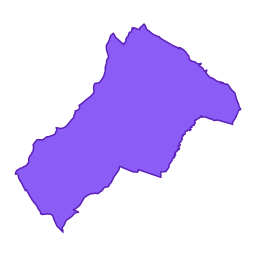 Davidesti, Arges, Romania
{"feature_id": "2599482B43743362823664", "entity_name": "Davidesti", "entity_type": "district", "adm_level": 2, "iso_a3": "ROU", "parent_name": "Romania", "parent_adm1": "Arges", "projection": "mercator", "projection_center": [25.041, 45.006], "detail": "fine", "context": "isolated", "style": "filled", "palette": "violet", "viewbox_px": 256, "rotation_deg": 0, "n_neighbors": 0, "source": "geoboundaries", "source_scale": "gbopen_adm2", "svg_char_len": 5747}
<svg xmlns="http://www.w3.org/2000/svg" viewBox="0 0 256 256"><path d="M62.8,231.9L62.9,230.3L62.3,229.1L62.2,227.5L63.7,225.8L65.6,221.8L66.1,220.5L66.9,219.8L69.1,218.4L70.0,217.6L71.0,217.2L73.7,214.4L74.6,213.2L78.3,212.2L77.8,211.5L76.6,211.2L75.2,210.5L73.7,210.2L73.5,209.7L74.9,209.1L78.0,206.9L79.0,206.0L80.2,204.6L80.8,203.7L82.1,201.2L83.3,199.5L84.0,198.0L85.1,197.0L87.2,195.6L90.8,193.7L92.2,193.7L95.2,193.2L96.9,193.4L97.3,193.6L97.7,193.6L98.1,193.5L100.6,191.5L101.9,190.7L102.4,190.3L103.6,188.1L104.5,187.4L108.4,186.6L108.9,185.9L109.6,184.3L111.3,182.4L112.7,179.4L113.6,178.1L113.5,177.6L114.1,176.6L114.4,176.3L115.9,174.3L116.4,173.4L117.2,172.5L118.9,169.8L119.1,169.1L119.2,168.6L119.2,167.9L119.4,167.0L119.7,166.4L133.2,171.9L137.6,172.1L137.9,171.8L138.1,171.1L138.6,170.5L138.5,169.7L160.8,177.3L160.9,177.0L160.8,176.4L161.0,175.1L160.6,173.8L160.8,173.1L161.0,172.0L165.9,171.6L167.4,169.3L168.2,168.3L169.1,166.9L169.0,166.3L168.9,165.7L168.9,165.3L169.3,164.2L169.7,163.7L170.2,163.3L172.0,160.4L172.3,160.0L172.4,159.0L173.3,158.2L173.5,157.8L173.9,157.7L174.5,157.1L174.1,156.6L174.2,156.4L174.7,156.4L174.8,156.1L174.4,156.1L174.2,155.5L174.4,155.4L174.8,155.1L175.3,155.1L175.6,154.9L175.5,154.4L175.4,154.2L174.7,154.0L174.7,153.9L174.8,153.7L175.4,153.1L175.1,152.4L175.6,151.9L176.5,151.8L176.7,151.6L176.9,151.4L176.8,150.9L177.3,150.5L177.5,150.3L177.3,150.0L177.5,149.4L177.9,149.4L178.5,149.6L178.6,148.8L178.7,148.7L178.9,148.8L179.1,149.1L179.3,149.1L179.5,148.0L178.8,147.3L178.4,146.8L178.4,146.2L178.7,146.2L179.0,146.0L179.0,145.8L178.8,145.7L179.6,145.4L179.8,145.5L180.0,145.5L180.2,144.7L179.6,144.0L179.3,143.4L179.3,143.0L179.6,142.4L180.1,142.3L180.6,142.0L181.0,141.4L181.7,140.0L182.3,139.3L182.2,138.9L181.7,138.2L181.8,137.7L182.1,137.3L182.3,136.3L182.6,136.0L183.2,135.8L183.2,135.4L182.8,134.8L183.2,134.6L184.1,134.6L184.8,134.3L185.1,134.0L185.1,133.7L185.1,132.6L185.1,132.1L185.3,131.6L185.7,131.3L187.3,130.9L187.6,130.6L187.7,130.3L188.2,129.8L188.8,129.7L189.2,130.2L189.7,130.5L190.2,130.3L190.8,129.8L190.9,129.3L190.1,127.9L190.4,127.5L191.6,127.3L192.0,127.0L191.7,126.2L192.6,125.7L193.3,125.2L193.8,125.3L194.4,125.0L194.3,123.7L195.3,122.9L195.1,122.6L194.8,122.4L194.7,121.8L194.8,121.4L195.0,121.0L194.8,120.6L195.0,120.2L195.5,120.4L195.8,120.3L196.6,119.3L196.9,119.1L197.4,119.1L199.5,117.9L199.8,117.3L200.4,117.2L200.9,116.8L200.9,116.1L201.2,115.8L201.5,115.8L201.6,116.0L201.5,116.5L201.8,117.1L202.1,117.3L202.8,117.0L203.9,116.8L204.4,116.8L205.8,117.3L206.1,117.1L206.6,117.1L207.0,117.2L207.1,117.6L207.3,117.8L210.4,119.0L210.6,118.6L211.2,118.7L212.4,119.6L214.4,120.6L215.6,120.2L216.7,120.3L217.2,119.9L232.6,124.3L232.5,123.0L232.8,121.9L233.3,121.2L234.7,119.2L236.5,115.8L236.9,114.4L237.5,113.4L238.2,111.2L238.8,110.3L240.0,109.8L240.6,109.3L240.5,108.6L239.8,108.0L239.0,106.4L238.8,105.3L238.7,104.3L237.4,101.5L236.1,97.9L236.0,97.0L235.1,94.3L235.0,93.1L234.2,92.2L232.8,91.1L230.7,88.7L228.8,85.9L227.9,84.6L226.9,84.2L223.7,83.7L223.4,82.9L222.7,83.1L221.9,82.4L221.6,83.0L220.8,83.2L220.8,82.1L217.6,81.5L215.2,80.0L214.0,79.1L212.5,78.2L211.3,77.7L210.9,77.8L209.4,76.8L207.2,74.4L205.8,72.6L206.7,70.9L206.6,70.2L204.5,71.1L203.5,69.7L203.1,68.8L202.3,67.9L200.4,66.6L199.2,65.7L201.1,63.9L201.1,63.5L199.6,63.8L198.0,63.9L197.1,63.7L196.1,62.8L194.7,61.7L192.2,61.3L189.5,59.6L188.8,56.2L188.2,55.2L187.1,54.1L185.7,51.8L184.6,51.0L184.2,50.5L184.1,50.2L183.5,49.6L183.1,49.4L182.5,49.3L180.7,48.0L179.5,47.6L179.2,48.8L178.0,48.1L178.1,47.8L173.2,45.7L161.4,38.9L160.1,37.9L159.7,37.8L159.8,37.4L159.5,36.9L157.0,36.1L153.4,34.5L151.8,33.4L149.1,31.0L147.9,30.2L147.1,30.1L145.6,26.7L145.2,25.6L144.3,24.2L144.0,24.1L141.0,26.9L140.0,27.6L139.5,29.6L138.2,29.3L133.8,27.7L133.4,28.5L132.3,27.9L132.0,29.4L131.7,29.9L131.5,31.0L131.2,31.8L130.8,32.2L129.5,32.3L128.6,34.0L128.5,35.0L128.0,36.6L127.5,36.6L127.0,37.1L126.0,38.8L125.8,39.6L125.9,40.4L125.8,41.4L125.2,42.5L124.2,43.1L123.8,43.7L123.8,44.2L123.6,44.5L115.1,36.9L114.6,35.2L113.3,33.3L111.5,34.8L111.0,35.4L110.5,36.3L109.9,37.6L109.3,40.1L108.2,42.3L106.3,45.5L106.5,49.7L107.8,54.2L108.5,55.8L108.5,56.4L108.4,57.3L107.7,58.7L107.2,59.3L106.7,60.5L106.5,62.8L106.3,64.0L105.2,67.4L105.2,68.2L105.4,70.1L105.3,70.8L105.0,72.1L104.4,73.8L104.1,75.2L103.0,77.6L100.0,81.9L99.1,82.6L98.1,83.0L95.1,83.4L94.2,84.5L94.0,85.3L93.6,88.1L94.0,91.4L93.7,92.7L93.1,93.7L90.3,96.6L89.3,97.4L86.1,99.8L82.3,103.1L79.1,105.4L79.6,106.9L79.4,108.2L78.9,109.2L77.6,110.2L75.3,110.9L75.0,113.0L74.2,115.0L73.8,116.9L73.5,117.8L71.4,119.9L68.7,123.3L67.4,125.0L65.8,126.6L63.3,128.0L60.8,128.5L56.3,127.7L56.5,128.5L56.7,129.9L55.6,132.8L55.3,133.3L54.9,134.1L54.4,134.5L51.9,135.6L51.0,135.8L49.5,136.4L48.5,136.7L46.9,136.8L46.5,137.1L45.6,137.6L44.3,138.8L42.6,139.9L38.2,139.7L37.4,139.8L36.5,140.2L35.6,141.6L34.3,142.9L34.0,143.6L33.4,144.3L33.1,145.1L33.1,145.5L33.5,146.2L33.6,147.7L33.3,148.2L33.3,148.6L33.5,150.2L32.8,151.2L32.7,151.8L32.0,152.4L31.9,153.1L31.0,154.8L30.2,155.4L30.0,156.2L29.7,156.4L29.3,157.0L29.3,157.5L29.0,157.9L28.8,158.6L28.9,159.3L28.7,159.9L28.7,161.1L28.7,161.6L28.3,163.1L27.8,163.5L26.8,165.0L26.2,165.4L25.3,166.2L24.7,166.3L23.4,167.0L22.6,167.5L22.4,167.8L21.8,168.0L20.7,168.1L20.2,168.3L18.7,169.4L17.4,169.9L16.0,171.7L15.4,173.7L15.5,174.1L15.8,174.2L16.3,174.0L17.0,173.9L17.7,174.1L17.9,174.4L18.4,176.3L18.5,177.2L19.7,180.2L21.6,183.0L25.4,190.6L26.5,190.0L27.2,191.2L29.8,196.2L30.1,196.6L31.2,198.2L31.8,199.5L34.2,202.7L35.4,204.0L36.6,205.7L37.4,206.9L38.1,208.7L38.4,208.7L40.9,212.9L40.6,213.7L42.3,214.5L46.4,214.0L50.9,214.1L52.9,216.0L53.9,219.3L56.9,225.9L62.8,231.9Z" fill="#8b5cf6" stroke="#5b21b6" stroke-width="1.5"/></svg>